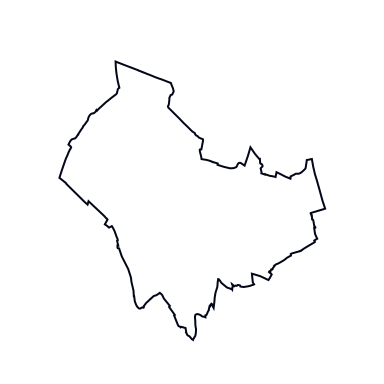 the district of Nijmegen, Gelderland, Netherlands, rotated 77°
{"feature_id": "6326949B60970179001979", "entity_name": "Nijmegen", "entity_type": "district", "adm_level": 2, "iso_a3": "NLD", "parent_name": "Netherlands", "parent_adm1": "Gelderland", "projection": "robinson", "projection_center": [5.848, 51.843], "detail": "fine", "context": "isolated", "style": "outline", "palette": "ink", "viewbox_px": 384, "rotation_deg": 77, "n_neighbors": 0, "source": "geoboundaries", "source_scale": "gbopen_adm2", "svg_char_len": 5760}
<svg xmlns="http://www.w3.org/2000/svg" viewBox="0 0 384 384"><g transform="rotate(77 192 192)"><path d="M61.3,217.0L61.1,217.3L59.7,219.4L53.0,229.4L48.5,236.0L47.7,237.1L50.7,237.7L53.6,238.2L57.5,238.7L60.5,239.0L66.6,239.4L71.3,239.4L73.9,239.3L74.2,239.4L74.3,240.0L74.6,240.5L75.1,241.1L78.3,242.7L78.9,243.0L79.4,243.5L79.8,244.1L80.5,245.7L82.3,249.7L84.2,253.5L84.3,253.9L85.3,255.9L89.9,264.0L91.3,266.1L90.5,266.5L90.9,267.0L91.5,266.8L92.7,269.0L93.2,270.1L93.0,271.4L93.2,272.6L93.7,273.7L94.4,274.6L95.3,275.5L96.4,276.3L97.7,276.9L98.9,277.6L100.7,279.8L101.8,280.9L102.9,282.4L103.3,283.1L104.5,283.9L106.9,286.6L109.9,289.7L110.2,289.7L110.6,290.0L110.5,290.3L112.0,291.8L112.8,292.8L113.1,293.3L113.4,293.8L113.5,294.5L113.5,295.2L113.6,296.6L113.7,297.3L114.0,297.8L114.7,298.8L115.6,299.7L118.0,301.7L120.3,300.0L121.3,299.7L122.8,300.9L122.9,301.2L125.3,303.1L129.4,306.0L130.6,307.0L133.0,308.6L142.3,314.4L148.4,318.0L150.0,316.7L155.1,312.7L155.3,312.6L155.6,312.7L155.9,312.6L177.5,298.9L180.8,296.6L177.7,294.9L195.5,283.0L198.6,281.3L198.9,281.0L198.9,280.9L199.9,280.5L203.9,284.2L206.0,282.3L207.2,281.4L208.0,280.9L208.0,280.5L207.2,277.8L209.2,277.1L212.4,276.3L213.9,276.1L218.5,275.6L221.2,275.1L222.2,275.2L222.2,275.4L222.7,276.0L227.6,275.9L227.4,276.7L229.3,277.1L230.0,277.0L230.6,275.7L232.0,275.6L239.0,274.9L252.7,271.5L260.9,270.8L262.4,270.8L265.7,271.2L275.0,271.2L280.3,272.1L280.3,271.8L280.6,271.8L285.6,272.3L286.7,272.2L289.9,271.7L291.0,271.3L291.6,271.1L293.1,270.2L293.5,269.8L293.8,269.3L293.9,269.0L293.9,268.6L293.8,268.2L293.4,267.3L293.4,266.8L293.5,266.1L293.8,265.3L293.4,264.9L292.9,265.2L290.1,262.0L289.7,261.5L289.0,260.1L287.7,257.9L286.8,256.4L286.6,256.3L286.5,256.0L286.6,255.9L284.9,253.0L284.6,251.9L284.7,250.7L284.1,248.6L283.8,247.9L283.5,247.5L283.5,247.0L283.0,246.0L283.1,245.9L283.8,245.7L284.0,245.3L284.2,245.1L285.7,244.2L289.8,243.3L289.7,243.3L298.0,239.2L298.8,240.2L307.9,236.4L308.3,237.2L309.1,237.0L309.6,237.0L318.1,235.7L319.3,235.4L319.6,235.2L320.0,234.8L320.6,233.8L321.3,233.6L321.0,232.8L321.7,231.3L321.8,231.3L323.1,228.9L327.9,229.2L327.9,229.3L328.9,229.0L330.4,228.7L330.8,228.4L331.7,227.3L332.1,226.9L335.4,225.2L335.7,224.9L336.0,224.4L336.3,224.2L335.5,223.7L335.0,223.2L334.3,222.6L333.4,221.6L332.8,221.1L332.0,220.7L330.8,220.2L328.7,219.5L326.5,218.9L323.7,218.8L320.6,218.3L318.8,217.9L314.8,217.3L313.9,217.1L312.5,216.3L312.2,215.6L312.1,214.7L312.1,214.3L312.3,213.9L313.1,212.3L314.2,211.1L315.3,210.3L315.5,210.1L316.1,208.7L316.8,207.6L317.1,207.1L315.9,206.9L315.2,206.6L315.3,206.3L315.1,205.7L314.4,205.0L312.3,203.5L312.0,203.3L311.4,202.6L310.8,202.1L310.6,202.2L309.6,201.8L307.3,200.6L307.6,200.2L307.2,199.9L306.7,199.6L306.1,199.5L305.3,198.3L305.7,198.1L305.9,197.7L306.9,197.9L307.2,197.7L309.8,197.0L304.3,195.0L299.9,193.6L298.2,192.9L296.5,192.2L294.8,191.4L290.6,188.9L289.7,188.5L285.5,187.2L282.8,186.1L283.2,185.4L283.6,185.4L283.7,185.5L284.3,184.9L284.5,184.7L286.2,184.2L287.5,183.6L288.2,183.0L288.9,182.5L292.4,179.8L292.5,179.8L293.2,179.0L294.4,177.0L295.4,175.7L295.5,175.3L295.8,175.0L296.2,174.8L295.6,174.6L294.1,174.2L293.4,173.8L292.8,173.4L292.3,173.3L292.0,173.3L291.2,173.7L290.9,173.7L292.5,172.5L293.1,172.2L293.4,172.1L293.0,170.6L293.1,170.2L293.5,169.5L293.5,169.4L293.4,169.1L292.9,168.3L293.0,167.8L293.8,166.3L295.0,166.1L296.2,163.1L296.4,160.0L296.5,158.9L296.5,156.8L296.1,152.7L296.0,152.3L293.8,153.1L285.1,152.0L286.5,149.4L289.1,144.9L290.0,143.6L295.0,137.3L293.0,135.3L290.3,132.9L289.4,133.3L288.3,134.3L287.3,135.0L286.9,134.6L287.6,134.2L287.7,133.7L286.7,133.3L286.4,133.1L285.7,132.4L285.3,132.2L285.6,131.2L285.0,130.6L284.6,130.6L282.1,127.6L282.0,127.8L281.6,127.0L281.3,125.9L281.1,124.3L280.2,121.1L278.9,117.1L277.5,114.4L276.2,109.9L274.6,109.7L274.5,109.4L274.3,108.3L274.0,101.5L273.9,101.1L274.0,101.1L274.0,100.9L273.9,99.3L273.5,98.3L273.3,98.3L273.2,97.7L272.5,96.2L270.3,89.5L268.8,84.7L268.3,83.5L266.8,83.8L265.7,80.5L261.5,81.4L260.6,81.4L260.0,81.4L260.0,81.5L258.4,81.4L254.3,81.0L254.5,80.1L254.2,80.0L254.3,79.8L254.1,79.7L252.3,80.5L247.1,80.2L246.2,80.4L245.8,81.1L242.4,80.6L242.5,80.8L241.0,80.9L239.4,81.2L239.2,81.1L238.2,66.0L229.9,66.8L215.3,67.4L207.7,67.8L202.2,68.2L194.5,68.2L186.8,67.8L186.7,73.0L188.7,73.7L194.2,75.9L195.0,76.6L196.8,79.7L197.1,80.2L197.7,81.7L198.0,82.5L198.1,83.0L198.1,83.8L198.1,84.4L197.6,86.5L197.6,86.9L197.7,87.3L198.2,88.8L199.0,92.4L199.1,92.5L200.6,92.8L201.2,93.1L197.7,98.0L195.1,101.0L191.7,105.2L196.2,107.2L195.5,108.3L195.2,109.2L194.5,110.6L194.0,112.1L191.7,115.9L191.1,116.7L191.5,116.9L189.4,120.2L189.0,120.0L189.1,119.9L188.0,119.8L184.4,119.8L182.9,117.5L182.6,117.4L182.0,117.4L181.1,117.5L180.7,117.7L180.2,118.4L179.6,118.8L179.4,119.1L175.0,118.4L175.0,119.0L169.4,121.9L161.6,125.0L169.1,129.2L178.1,134.8L174.6,138.1L174.4,138.8L174.2,139.4L174.4,140.1L174.8,140.7L175.2,141.2L177.1,142.6L177.7,143.3L177.8,143.8L178.1,146.1L177.5,149.6L174.7,155.2L171.3,161.0L170.0,160.5L167.7,164.5L167.8,164.7L167.1,165.7L166.9,165.7L165.5,167.8L163.9,170.8L162.1,175.3L159.8,175.1L154.1,175.2L152.7,175.0L152.4,174.8L152.5,173.9L152.6,173.3L144.0,169.5L143.8,169.5L142.9,169.6L142.8,170.0L142.3,170.6L141.8,171.4L140.4,173.1L140.2,173.3L139.1,173.8L138.3,174.5L138.2,174.7L138.1,175.0L137.5,175.4L136.7,175.9L135.6,175.9L135.3,176.0L132.8,178.3L127.4,181.7L124.3,183.7L123.3,184.4L117.4,187.9L104.4,196.1L103.1,196.2L102.0,195.2L100.7,194.6L97.0,193.3L95.2,192.9L92.7,190.9L92.6,189.3L89.8,187.2L86.9,187.2L82.6,187.9L81.1,188.0L75.1,196.8L74.9,197.3L71.7,202.2L69.6,205.1L66.2,210.1L64.6,212.3L63.9,213.3L64.0,213.3L62.0,216.1L61.9,216.5L61.4,217.0L61.3,217.0Z" fill="none" stroke="#020617" stroke-width="2"/></g></svg>